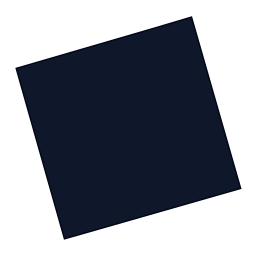 outline of Baylor, Texas, United States of America, rotated 74°
{"feature_id": "52423323B2493878028026", "entity_name": "Baylor", "entity_type": "district", "adm_level": 2, "iso_a3": "USA", "parent_name": "United States of America", "parent_adm1": "Texas", "projection": "natural_earth1", "projection_center": [-99.301, 33.616], "detail": "fine", "context": "isolated", "style": "filled", "palette": "ink", "viewbox_px": 256, "rotation_deg": 74, "n_neighbors": 0, "source": "geoboundaries", "source_scale": "gbopen_adm2", "svg_char_len": 234}
<svg xmlns="http://www.w3.org/2000/svg" viewBox="0 0 256 256"><g transform="rotate(74 128 128)"><path d="M38.9,36.4L39.3,78.4L39.9,219.0L217.0,219.6L217.1,36.4L38.9,36.4Z" fill="#0f172a" stroke="#020617" stroke-width="1.5"/></g></svg>